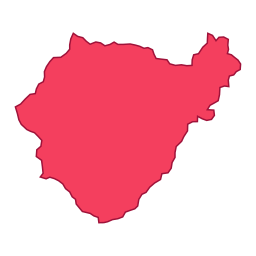 outline of Urucânia, Minas Gerais, Brazil
{"feature_id": "56859067B64540863553467", "entity_name": "Urucânia", "entity_type": "district", "adm_level": 2, "iso_a3": "BRA", "parent_name": "Brazil", "parent_adm1": "Minas Gerais", "projection": "mercator", "projection_center": [-42.721, -20.332], "detail": "fine", "context": "isolated", "style": "filled", "palette": "rose", "viewbox_px": 256, "rotation_deg": 0, "n_neighbors": 0, "source": "geoboundaries", "source_scale": "gbopen_adm2", "svg_char_len": 1722}
<svg xmlns="http://www.w3.org/2000/svg" viewBox="0 0 256 256"><path d="M176.2,146.5L181.6,141.3L183.8,136.6L187.5,130.9L187.7,124.2L192.6,121.7L197.4,121.6L197.6,116.3L202.3,118.8L206.7,120.4L211.5,119.4L214.4,115.4L213.8,110.1L207.3,109.7L210.0,105.3L214.4,102.9L218.2,100.7L219.5,94.7L219.9,87.5L224.5,86.0L228.8,86.6L228.3,80.1L229.4,76.0L233.7,74.9L236.3,71.6L240.2,69.5L240.6,64.0L238.0,60.1L234.8,57.6L231.4,54.8L227.4,53.6L228.5,49.3L227.8,45.2L228.3,39.4L223.7,37.0L219.0,37.3L216.0,40.7L212.5,35.4L207.8,33.3L207.5,38.2L207.3,43.1L202.8,47.2L198.5,53.7L193.7,54.8L192.2,59.8L192.0,65.4L186.8,65.7L181.4,64.8L175.4,65.4L169.7,63.8L167.0,59.8L161.7,59.2L156.1,58.5L154.0,54.3L152.5,49.8L147.9,47.6L144.0,48.3L139.7,46.3L135.4,45.1L130.2,44.0L123.3,44.4L117.9,44.4L114.1,42.1L109.9,44.5L104.9,45.8L100.6,42.9L95.8,42.0L90.1,44.2L86.4,41.4L82.8,37.7L77.7,36.4L73.3,33.3L70.8,38.9L69.7,44.9L69.7,49.2L66.2,53.4L60.8,57.3L53.5,57.6L49.8,61.7L46.5,66.6L44.4,71.6L44.6,77.0L43.3,81.7L38.8,84.1L36.4,88.9L35.3,93.6L30.1,94.4L25.4,98.9L20.6,104.1L15.4,106.9L17.4,113.5L18.9,119.8L21.3,124.4L26.8,129.5L30.5,131.3L34.5,132.7L37.8,136.0L41.8,140.4L40.9,146.3L36.8,149.8L36.3,156.5L41.6,160.3L42.4,166.6L43.1,173.3L40.3,177.0L46.1,178.8L49.8,177.2L54.4,178.6L58.6,180.7L62.8,183.9L65.6,188.7L69.7,191.9L72.2,196.8L75.5,199.3L76.2,204.0L79.4,207.9L82.4,211.5L90.2,213.4L93.9,215.9L98.2,217.4L98.9,222.7L103.9,222.6L107.7,221.7L112.5,219.6L117.9,218.7L122.7,216.9L125.4,212.1L130.6,210.2L134.8,208.8L137.7,206.0L138.8,199.4L141.9,194.3L146.0,192.4L149.7,187.2L154.6,183.0L160.5,179.5L161.9,173.7L168.0,172.8L171.2,168.2L172.1,162.5L175.0,157.4L175.0,152.6L176.2,146.5Z" fill="#f43f5e" stroke="#9f1239" stroke-width="1.5"/></svg>